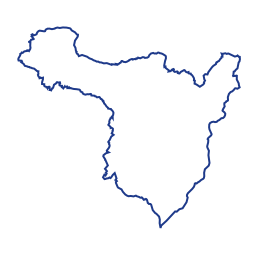 the district of Brad, Hunedoara, Romania, rotated 271°
{"feature_id": "2599482B48493283772972", "entity_name": "Brad", "entity_type": "district", "adm_level": 2, "iso_a3": "ROU", "parent_name": "Romania", "parent_adm1": "Hunedoara", "projection": "equal_earth", "projection_center": [22.817, 46.147], "detail": "fine", "context": "isolated", "style": "outline", "palette": "blue", "viewbox_px": 256, "rotation_deg": 271, "n_neighbors": 0, "source": "geoboundaries", "source_scale": "gbopen_adm2", "svg_char_len": 5896}
<svg xmlns="http://www.w3.org/2000/svg" viewBox="0 0 256 256"><g transform="rotate(271 128 128)"><path d="M198.7,238.7L201.1,238.5L201.2,238.0L201.0,237.7L202.4,236.3L201.9,235.7L201.3,233.6L204.2,227.2L204.1,226.2L203.8,225.5L204.4,224.0L203.8,221.4L204.0,220.4L203.1,220.8L203.0,221.2L201.1,221.2L201.2,220.6L200.6,220.2L199.7,220.2L198.4,218.9L196.7,217.9L196.3,217.0L195.2,215.9L195.3,215.4L194.2,214.8L193.4,214.8L191.7,212.3L190.2,210.9L185.3,207.4L182.9,206.5L183.2,204.3L181.6,202.7L177.8,203.5L176.8,204.2L174.9,203.1L174.3,203.4L173.6,203.1L172.7,202.3L170.5,199.1L172.7,195.7L173.5,193.8L176.5,194.0L176.8,193.1L178.3,193.2L179.5,192.8L181.9,191.2L182.6,190.1L183.5,189.8L183.5,188.2L183.8,187.6L185.0,187.5L184.7,186.6L184.8,185.6L185.2,184.9L186.8,183.6L186.9,183.1L185.0,179.8L183.4,178.5L183.4,178.2L183.8,176.8L185.0,176.8L185.4,176.3L184.9,173.8L185.4,173.0L186.2,172.6L187.4,172.9L187.7,172.5L187.0,171.6L187.4,171.5L187.1,170.9L185.6,169.6L185.2,167.6L186.2,168.0L188.6,164.7L190.1,164.4L189.6,163.3L191.1,163.1L195.7,163.9L198.3,164.7L200.3,164.6L200.9,164.2L202.7,161.2L203.3,159.4L203.3,158.6L203.8,157.7L204.0,156.8L202.9,155.2L203.1,154.5L202.9,153.7L203.0,152.9L203.5,151.9L202.9,149.7L201.3,148.1L199.5,147.3L198.7,146.1L198.4,143.6L199.0,142.7L199.1,141.5L197.9,139.0L198.5,136.9L198.1,136.8L197.5,135.8L197.8,135.1L196.9,134.5L197.1,133.0L196.5,131.6L197.0,131.2L197.0,130.5L196.0,128.1L195.6,128.0L194.4,126.0L193.8,124.4L194.1,122.2L194.8,121.3L194.8,120.4L193.1,119.4L192.9,118.6L192.2,118.1L191.6,116.7L191.8,115.2L191.1,115.6L191.5,110.7L190.9,110.5L192.5,105.7L192.2,102.7L193.1,100.0L193.1,98.5L193.9,97.0L193.8,95.7L194.7,93.8L195.1,92.4L196.1,90.8L197.0,88.2L198.6,85.8L200.2,80.8L199.0,77.6L201.0,76.6L201.3,75.8L201.9,75.4L202.7,75.0L203.4,75.3L204.1,74.6L207.2,74.1L209.9,72.6L214.5,73.5L218.1,75.9L219.2,76.3L220.4,76.3L220.5,75.4L222.8,73.3L224.6,70.0L226.3,68.8L226.7,68.1L227.3,64.8L227.4,61.1L226.8,58.1L227.2,55.6L226.5,53.4L226.1,53.1L225.5,50.2L226.0,47.7L225.9,45.8L224.9,44.0L223.4,43.4L223.2,42.5L223.8,38.0L223.3,36.8L221.9,35.5L220.1,34.9L219.3,33.2L218.8,31.0L219.4,31.4L219.9,31.2L220.1,30.8L219.6,30.2L219.3,30.7L218.0,30.0L217.6,30.8L217.0,30.8L216.8,31.0L215.6,32.1L215.2,32.1L214.5,29.5L213.5,29.1L212.5,27.6L212.1,27.7L211.8,28.9L208.4,28.8L206.6,29.1L205.4,28.9L203.2,27.7L203.8,26.9L203.6,26.5L203.9,26.3L203.9,25.8L203.7,25.5L203.3,25.9L202.8,23.0L201.3,21.4L201.6,20.4L200.8,20.0L200.1,19.0L199.8,19.2L198.5,18.8L195.8,17.3L194.8,17.1L193.6,17.4L193.4,20.5L192.5,20.9L191.9,20.2L190.2,22.6L188.4,23.7L187.7,26.6L187.3,27.1L187.3,28.4L186.8,28.8L186.5,30.4L186.2,30.8L185.7,33.2L183.4,36.0L183.1,37.4L182.4,37.2L180.5,37.5L179.6,37.0L178.0,37.6L177.1,38.5L176.2,38.7L176.4,39.4L176.9,39.7L176.4,40.9L176.8,42.1L175.2,42.1L172.4,41.3L170.5,41.3L170.3,43.5L169.4,43.4L168.3,43.8L167.6,45.8L167.1,45.9L167.1,46.7L166.5,46.9L167.7,47.5L167.9,48.6L167.5,49.0L166.5,48.7L165.6,49.2L164.6,49.0L164.6,50.0L164.3,50.5L166.3,51.5L166.3,51.9L167.2,52.5L170.0,53.3L171.3,55.3L172.4,55.9L172.6,56.3L172.2,57.5L172.5,59.1L171.5,59.4L170.5,58.7L169.5,58.8L169.0,60.0L169.0,61.2L167.6,61.1L167.5,61.8L166.5,62.6L168.3,63.9L168.0,64.0L168.4,66.4L167.0,66.6L167.7,68.3L167.3,68.5L167.1,69.3L166.8,69.0L166.8,69.9L166.1,73.0L165.9,76.0L165.5,78.8L165.0,79.4L163.6,80.0L162.9,81.8L161.7,82.2L161.0,83.4L160.6,84.8L161.1,86.7L161.0,88.1L161.4,90.1L161.2,90.5L159.9,90.8L159.7,94.1L159.1,94.5L158.9,95.6L158.1,96.5L158.5,98.7L158.0,99.4L156.6,100.2L156.5,101.0L154.8,102.7L154.7,102.5L155.0,102.0L154.1,102.5L153.1,103.5L152.1,103.7L151.3,104.7L149.2,106.1L147.8,107.7L147.1,107.8L146.6,110.7L146.0,110.9L145.3,111.9L143.6,113.0L142.9,113.2L140.7,112.9L139.8,112.4L137.9,112.5L138.7,112.0L138.9,111.5L138.4,111.2L137.9,111.4L137.3,110.2L136.7,110.2L135.7,109.5L133.8,109.1L132.9,109.4L130.8,108.3L128.9,110.4L127.8,110.6L128.1,111.1L127.4,112.5L127.0,112.9L125.3,112.9L124.8,112.5L124.2,112.7L122.3,111.8L120.9,113.7L119.1,111.4L115.7,109.9L113.7,108.5L113.2,108.7L112.7,109.5L111.6,109.3L110.6,109.9L109.6,109.9L108.1,109.4L105.0,107.2L104.2,107.4L103.3,109.1L102.3,106.3L100.4,104.0L99.2,103.8L96.3,105.7L95.7,105.7L95.6,106.0L90.2,108.5L86.8,105.7L84.5,107.7L82.9,106.6L82.0,107.4L80.1,106.3L80.9,105.2L78.3,103.9L76.5,105.4L76.7,106.6L77.1,107.1L77.4,109.1L78.2,110.4L77.6,111.2L78.1,111.9L80.9,113.7L82.7,115.5L77.4,117.4L75.9,116.4L75.7,116.9L74.7,117.8L73.8,116.8L72.9,116.9L69.0,118.6L68.2,119.2L66.5,122.6L64.1,124.0L61.5,126.4L60.3,128.3L59.8,129.8L60.1,131.9L59.7,134.7L60.5,137.1L60.0,137.8L59.2,140.4L58.6,141.4L58.5,142.8L58.8,143.0L58.6,143.4L56.5,145.0L56.7,145.8L57.0,146.0L56.9,146.4L57.4,147.1L57.2,147.6L56.3,148.3L53.4,149.1L53.2,149.6L52.5,150.1L52.4,151.8L51.7,152.5L46.3,154.2L43.4,156.7L42.8,157.8L40.0,160.6L37.1,161.4L33.4,161.3L28.6,162.3L31.0,162.9L35.9,168.1L45.4,176.6L45.2,178.2L47.7,180.8L48.7,184.0L54.8,187.8L59.5,188.9L61.0,188.1L62.3,188.2L63.8,189.0L68.2,193.3L70.3,194.9L72.2,195.6L73.6,195.8L74.0,196.6L73.7,197.5L75.3,199.4L75.6,200.2L77.3,202.0L78.6,204.2L79.3,204.7L81.1,205.1L84.6,204.9L88.1,205.6L91.8,209.4L94.5,210.1L102.2,208.9L106.6,209.3L109.9,207.7L111.1,207.5L115.0,208.4L117.4,208.5L118.3,207.8L119.4,208.4L122.1,211.3L123.3,211.7L128.0,209.5L130.0,209.1L132.9,209.2L134.3,209.9L135.4,211.6L135.8,213.5L135.4,214.9L135.7,216.6L136.7,217.5L137.6,219.2L139.4,221.2L139.6,222.8L140.8,224.1L142.6,224.9L144.1,225.0L145.4,224.1L146.8,222.3L147.2,222.2L148.7,222.8L151.3,224.3L152.7,223.9L154.5,223.9L155.7,225.5L156.3,225.7L157.0,227.2L157.5,227.5L160.6,227.3L163.8,228.3L165.7,229.9L166.4,231.5L167.8,233.0L169.4,234.2L169.6,234.9L169.2,236.8L170.6,238.9L172.5,238.2L174.6,237.9L178.4,235.9L182.9,235.9L181.8,235.3L182.0,234.5L181.6,231.5L182.0,232.1L182.7,232.4L186.2,232.7L186.5,233.7L188.0,234.7L189.5,236.4L195.5,237.5L196.5,238.3L198.7,238.7Z" fill="none" stroke="#1e3a8a" stroke-width="2"/></g></svg>